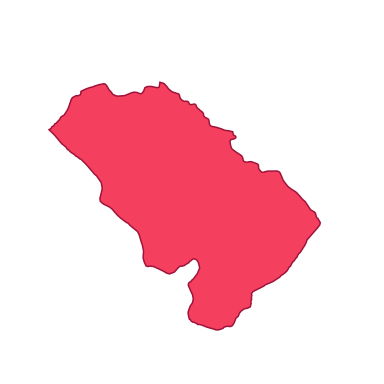 the district of Río Hondo, Zacapa, Guatemala, rotated 245°
{"feature_id": "79465075B55217962729749", "entity_name": "Río Hondo", "entity_type": "district", "adm_level": 2, "iso_a3": "GTM", "parent_name": "Guatemala", "parent_adm1": "Zacapa", "projection": "robinson", "projection_center": [-89.587, 15.094], "detail": "fine", "context": "isolated", "style": "filled", "palette": "rose", "viewbox_px": 384, "rotation_deg": 245, "n_neighbors": 0, "source": "geoboundaries", "source_scale": "gbopen_adm2", "svg_char_len": 4936}
<svg xmlns="http://www.w3.org/2000/svg" viewBox="0 0 384 384"><g transform="rotate(245 192 192)"><path d="M167.4,124.8L166.0,124.8L159.1,123.2L152.9,119.8L148.6,119.1L144.5,119.1L143.2,120.3L142.7,122.4L140.6,125.8L133.4,131.8L128.9,135.0L127.3,137.0L127.0,139.9L126.9,142.3L129.5,148.2L129.7,150.3L129.0,151.4L128.6,154.3L128.9,155.0L129.3,159.3L130.2,160.8L130.2,162.4L130.9,164.1L130.6,165.4L129.6,166.8L128.3,167.5L125.4,168.0L120.0,166.9L115.8,162.4L112.5,156.2L112.4,155.1L111.6,153.8L111.0,150.7L110.3,149.9L108.6,149.1L98.2,149.0L94.2,147.8L91.2,145.3L89.3,142.1L85.3,138.1L83.8,137.2L80.0,136.2L77.6,135.9L77.1,136.5L75.4,136.7L73.7,137.7L73.1,138.8L70.1,141.1L69.5,141.1L68.6,143.1L66.9,145.0L63.4,148.2L57.7,154.8L56.8,155.5L55.7,158.4L55.3,162.5L55.8,163.4L55.9,164.9L55.4,167.3L53.8,169.9L53.8,172.1L55.6,174.9L59.0,178.4L59.9,181.5L62.1,183.7L63.3,186.2L64.0,189.8L63.2,193.7L63.3,196.3L66.0,198.5L67.6,198.9L69.7,200.8L71.3,201.2L72.9,202.5L74.7,202.9L76.0,205.3L76.4,217.5L76.9,218.9L76.6,227.3L77.8,235.6L78.8,237.8L78.8,239.2L80.1,244.3L82.3,247.7L82.9,248.1L83.2,249.9L85.9,253.4L86.5,255.6L88.1,257.9L88.2,259.0L90.9,262.4L91.4,264.4L96.1,271.8L98.2,274.4L100.0,276.0L106.6,291.0L108.2,293.9L110.0,295.3L114.8,294.9L115.2,294.4L116.1,294.3L117.2,294.3L118.0,294.4L118.5,294.5L119.1,294.6L119.8,294.8L120.5,294.8L121.4,294.8L122.4,294.3L124.1,293.1L124.7,292.7L125.5,292.2L126.4,291.9L127.1,291.8L128.8,291.5L131.2,291.2L132.6,290.9L135.2,290.6L136.4,290.1L137.9,289.4L139.5,288.8L141.6,288.3L142.5,288.1L143.6,287.7L144.4,287.4L145.3,287.2L146.3,286.9L147.3,286.5L148.3,286.0L150.7,284.5L151.2,284.1L151.6,283.9L152.8,283.2L154.5,282.2L156.8,281.2L159.7,280.5L162.5,279.8L165.0,279.6L168.7,279.8L170.0,279.8L171.0,279.9L171.8,279.9L172.6,279.8L173.3,279.5L174.1,279.0L174.8,278.3L175.3,277.5L177.3,273.0L179.0,269.2L179.3,267.9L179.6,266.2L179.6,265.5L179.7,264.9L180.2,264.0L180.8,263.5L181.7,263.1L182.6,262.8L183.7,262.5L184.5,262.4L185.1,262.4L186.0,262.7L186.9,263.0L187.7,263.3L188.2,263.6L188.7,263.6L189.3,263.4L190.0,263.0L194.3,258.7L194.8,257.9L195.1,257.0L195.3,256.3L195.6,255.2L195.9,254.3L196.2,253.5L196.8,252.9L197.2,252.4L197.7,252.1L198.6,251.8L199.2,251.8L199.9,252.0L200.4,252.1L201.0,252.3L201.5,252.4L202.0,252.4L202.5,252.4L203.7,252.3L205.0,251.7L206.9,250.5L210.1,248.5L211.9,247.6L213.4,246.8L214.0,246.5L214.6,246.4L215.5,246.4L217.0,246.5L218.7,246.9L220.3,247.3L221.2,247.6L221.8,248.0L222.3,248.3L222.7,248.7L222.9,249.6L222.8,250.3L222.7,251.0L222.6,251.5L222.4,252.0L222.4,252.7L222.4,253.7L222.5,254.2L222.8,254.7L223.4,255.0L224.0,255.1L224.6,254.8L225.2,254.4L225.7,254.0L226.2,253.8L227.0,253.8L227.5,253.8L228.1,254.0L228.9,254.2L229.4,254.4L230.2,253.3L231.5,251.8L232.6,250.2L233.6,248.5L234.3,247.6L235.3,246.7L237.3,244.8L240.3,241.5L241.4,240.0L242.2,238.9L242.8,238.1L243.4,237.4L244.1,236.8L244.6,236.7L245.1,236.6L246.0,236.6L246.8,236.7L247.7,236.9L248.5,237.2L249.3,237.5L249.9,237.6L250.4,237.6L250.9,237.7L251.9,237.2L253.2,236.1L254.2,235.4L255.0,235.0L255.6,234.8L256.8,235.0L257.2,235.2L257.9,235.3L258.3,235.4L259.1,235.4L259.7,235.2L260.2,235.1L260.8,234.8L261.5,234.4L262.2,234.0L262.9,233.7L264.1,233.3L265.8,232.4L266.5,232.2L267.3,232.2L267.7,232.2L268.5,232.2L269.0,232.3L269.4,232.3L269.9,232.2L270.5,231.6L270.8,231.1L271.0,230.4L271.1,229.7L271.3,229.0L271.5,228.4L271.8,227.9L272.2,227.3L272.6,226.9L273.1,226.8L273.9,226.8L274.4,226.9L275.1,226.8L275.8,226.4L276.2,226.0L276.5,225.5L276.8,224.9L277.0,224.4L277.2,223.9L277.5,223.3L277.9,222.9L278.4,222.5L278.9,222.1L279.6,221.7L280.1,221.5L280.6,221.3L281.1,221.1L281.7,221.1L282.3,221.0L283.1,221.1L284.0,221.4L284.7,221.5L285.4,221.5L286.1,221.5L286.6,221.2L287.0,221.0L287.9,219.8L288.4,219.3L288.8,218.9L290.5,217.0L291.5,216.2L293.0,215.4L294.1,214.8L294.9,214.5L296.3,214.1L297.6,213.9L301.0,212.9L301.8,212.6L302.5,212.1L303.2,211.4L304.1,210.4L305.0,209.3L301.1,206.7L300.9,205.5L301.6,204.1L305.0,199.5L306.5,196.0L306.4,193.3L304.4,191.4L302.7,188.8L302.7,186.9L305.5,184.1L307.0,181.7L307.5,179.0L307.8,171.8L310.1,165.6L311.5,163.5L314.0,161.5L318.0,160.7L318.8,160.1L324.8,159.6L326.5,158.9L327.3,158.0L328.5,153.4L329.2,148.3L329.2,145.7L329.6,145.1L330.2,140.0L330.2,134.3L329.6,133.4L328.3,133.0L327.3,131.8L327.4,129.7L328.3,127.3L328.1,123.5L326.4,121.0L325.9,120.9L323.9,118.7L322.9,117.9L319.3,114.2L315.8,108.7L315.4,105.0L313.6,102.5L311.7,97.7L311.7,96.3L310.6,94.9L310.3,92.5L309.2,91.1L308.9,88.7L301.6,91.5L291.0,94.3L286.2,96.6L283.1,97.2L282.3,97.9L279.2,99.0L275.5,101.3L273.4,102.0L271.9,103.3L270.9,103.5L270.5,104.1L269.6,104.2L268.7,105.2L261.3,107.9L249.3,111.2L247.1,112.3L239.0,113.7L235.0,112.7L232.7,111.9L225.1,105.8L222.6,105.0L220.3,105.7L218.2,106.9L213.3,110.8L210.3,112.4L205.6,113.6L204.8,114.2L203.6,114.2L198.2,116.4L192.1,119.7L190.6,121.0L188.0,121.7L179.4,125.8L176.0,126.1L167.4,124.8Z" fill="#f43f5e" stroke="#9f1239" stroke-width="1.5"/></g></svg>